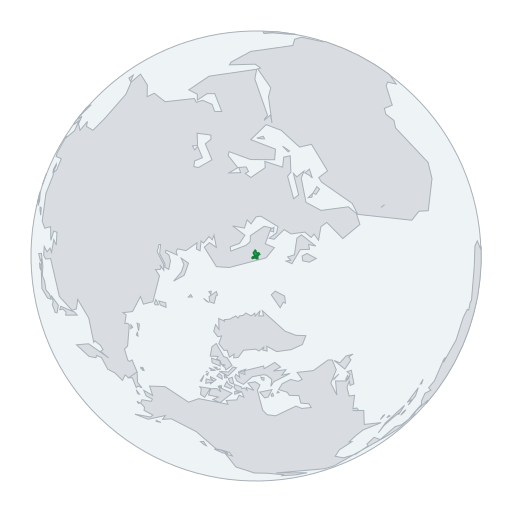 globe centered on Sør-Trøndelag, rotated 221°
{"feature_id": "NOR-911", "entity_name": "Sør-Trøndelag", "entity_type": "County", "adm_level": 1, "iso_a3": "NOR", "parent_name": "Norway", "parent_adm1": "", "projection": "orthographic", "projection_center": [9.786, 63.353], "detail": "fine", "context": "on_globe", "style": "filled", "palette": "green", "viewbox_px": 512, "rotation_deg": 221, "n_neighbors": 0, "source": "natural_earth", "source_scale": "10m", "svg_char_len": 13495}
<svg xmlns="http://www.w3.org/2000/svg" viewBox="0 0 512 512"><g transform="rotate(221 256 256)"><circle cx="256" cy="256" r="225" fill="#eef3f6" stroke="#a8b0b8"/><path d="M30.7,256.3L31.6,260.0L33.2,248.4L33.5,242.6L32.5,241.0L35.1,219.7L38.5,207.9L59.5,148.7L64.5,140.7L69.0,136.0L98.3,105.7L75.3,125.9L82.4,116.9L92.3,107.2L91.9,108.9L105.4,99.1L114.8,91.2L132.8,83.6L148.8,86.6L142.7,89.6L147.3,90.3L155.2,86.8L159.4,84.3L185.8,84.3L213.0,77.6L219.4,71.4L219.7,76.2L230.3,62.0L243.6,57.2L229.9,65.3L229.5,68.3L239.2,66.1L240.9,68.7L246.6,69.3L247.8,72.7L239.7,77.6L240.3,80.0L247.1,78.4L252.6,81.0L242.5,83.0L251.0,88.0L239.0,97.7L211.0,101.4L205.6,110.8L180.0,125.6L183.6,127.5L176.1,134.8L177.5,139.9L172.4,141.5L177.9,144.2L182.3,141.8L186.3,142.3L187.5,145.1L181.1,147.6L179.6,146.5L178.4,148.7L174.7,148.8L177.2,150.4L169.4,153.2L178.8,154.7L174.1,160.6L168.4,161.3L166.8,155.5L149.7,144.0L143.5,143.5L136.3,148.3L127.3,169.0L121.4,171.0L114.9,177.9L119.1,179.2L125.7,174.4L132.0,178.8L139.4,172.7L143.0,173.7L151.4,170.0L152.4,176.8L148.9,185.5L141.9,189.1L140.2,193.2L148.6,195.1L137.5,207.2L133.4,224.9L130.2,227.5L120.8,222.8L116.1,209.1L103.8,204.1L114.0,213.9L106.0,220.8L105.7,224.8L107.5,228.4L111.4,228.4L109.1,232.3L98.2,223.8L100.0,220.1L103.5,222.7L101.2,216.5L93.8,211.4L90.3,215.6L82.7,204.4L80.2,207.4L77.1,206.8L81.7,202.7L73.3,210.1L63.8,199.9L52.2,212.4L61.1,194.9L62.8,186.2L63.8,176.9L61.8,178.7L65.9,164.7L64.9,156.8L57.6,161.0L50.7,171.9L46.9,186.3L48.9,186.9L47.9,196.6L41.8,199.0L39.0,218.6L35.4,224.2L33.6,233.3L33.9,241.4L33.7,252.6L35.9,254.9L38.4,263.2L36.0,269.5L39.3,269.8L39.4,278.7L45.9,299.4L44.8,299.3L49.9,323.9L59.3,345.6L61.5,354.3L60.0,354.8L64.1,361.9L64.2,363.8L84.2,391.0L97.4,407.3L98.9,412.6L91.7,408.9L92.6,411.1L81.3,398.3L71.1,384.6L61.8,370.3L53.8,355.2L46.8,339.6L41.1,323.6L36.6,307.1L33.4,290.3L31.4,273.4L30.7,256.3ZM48.8,215.0L45.9,240.8L44.3,229.8L45.2,231.1L46.6,223.7L48.2,212.0L47.7,202.8L48.8,215.0ZM54.7,218.3L54.9,214.3L55.2,217.8L54.7,218.3ZM160.9,82.9L155.2,86.5L147.4,88.8L151.9,85.5L160.9,82.9ZM176.1,79.5L173.9,81.7L169.0,80.3L171.8,79.5L176.1,79.5ZM223.5,66.5L218.5,68.1L222.8,65.7L223.5,66.5ZM247.2,68.8L248.0,67.5L250.6,68.4L247.2,68.8ZM150.3,166.5L150.8,168.2L149.0,168.0L150.3,166.5ZM153.4,163.4L150.9,162.0L152.0,160.3L153.6,161.2L153.4,163.4ZM254.8,74.5L258.6,76.4L253.3,75.3L254.8,74.5ZM156.3,165.6L154.3,157.5L156.4,154.6L163.9,155.7L156.3,165.6ZM260.0,78.1L269.4,83.0L272.2,80.5L269.7,90.5L262.5,82.9L255.5,81.7L259.8,80.5L260.0,78.1ZM183.2,139.8L178.6,142.5L181.3,137.7L183.2,139.8ZM184.0,136.7L186.9,121.7L194.4,119.4L191.9,124.8L200.8,119.9L203.0,126.1L198.7,130.2L193.4,130.4L198.3,132.6L184.0,136.7ZM266.9,95.3L268.0,97.4L265.3,96.2L266.9,95.3ZM188.0,142.1L188.0,139.2L194.5,136.9L195.8,142.4L193.3,141.3L188.0,142.1ZM202.0,115.7L207.0,115.1L210.3,119.9L212.7,120.4L203.7,126.0L202.0,115.7ZM192.4,143.3L196.3,145.2L194.4,148.9L188.6,144.8L192.4,143.3ZM195.6,134.1L198.7,133.4L197.4,135.5L195.6,134.1ZM189.6,163.6L189.4,159.9L192.7,158.4L189.6,163.6ZM197.9,145.7L198.6,144.4L199.9,143.5L202.0,145.5L197.9,145.7ZM206.6,129.1L206.9,131.3L210.4,127.0L213.0,130.6L206.5,133.8L210.4,134.0L211.1,135.1L205.0,136.5L206.6,129.1ZM208.0,144.8L200.7,150.3L200.4,157.3L197.4,158.8L198.4,147.3L208.0,144.8ZM206.8,139.7L206.9,143.2L203.1,143.2L200.7,140.9L206.8,139.7ZM217.0,132.0L214.8,125.6L216.2,125.2L217.0,132.0ZM208.7,146.8L210.4,145.4L209.1,147.2L208.7,146.8ZM215.3,136.5L214.3,134.2L216.0,133.8L215.3,136.5ZM214.7,144.6L212.4,146.3L210.7,144.8L214.7,144.6ZM215.6,140.9L218.2,140.8L211.5,143.2L214.9,139.9L215.6,140.9ZM217.1,136.4L217.7,135.4L217.2,137.4L217.1,136.4ZM222.5,149.7L214.5,153.1L210.8,149.5L219.1,146.7L222.5,149.7ZM480.7,240.5L480.9,245.5L479.8,243.6L479.1,247.3L476.8,239.5L471.3,235.4L471.5,247.0L469.0,242.6L461.5,243.9L460.4,260.5L460.3,292.8L464.3,305.3L462.5,317.5L450.2,313.8L442.7,304.8L439.5,312.1L425.8,312.8L405.9,334.4L401.9,332.8L398.4,338.5L388.6,341.6L382.1,338.0L376.6,342.6L393.7,351.5L399.4,346.4L402.6,335.1L406.4,339.6L415.7,337.3L409.4,360.9L378.0,397.4L373.0,388.8L339.5,369.7L339.5,365.3L339.3,364.9L338.8,364.2L337.6,371.9L331.2,366.9L351.1,384.4L355.2,392.7L377.5,398.3L375.9,400.9L382.5,400.2L401.5,382.8L402.0,386.1L394.2,406.9L366.3,439.0L369.0,445.0L365.2,451.0L345.6,461.9L345.1,462.9L343.1,463.8L326.5,470.0L309.4,474.9L292.0,478.4L274.4,480.5L263.0,477.8L270.8,473.6L269.4,469.8L252.1,459.2L256.0,451.6L251.0,448.2L240.8,448.8L234.7,444.2L228.3,443.6L187.5,439.5L174.0,429.9L155.7,403.2L162.4,396.7L161.9,385.2L206.5,354.2L217.9,358.8L255.1,354.8L260.1,356.3L257.8,367.2L287.4,376.7L294.6,366.8L319.4,367.4L334.5,361.8L336.3,340.4L311.4,349.4L305.1,340.9L323.3,325.3L344.8,317.1L343.0,313.6L327.7,310.7L330.9,300.9L322.2,308.9L327.1,311.5L321.8,316.8L317.0,314.8L318.3,311.3L311.4,311.8L307.0,328.7L311.4,333.2L294.2,340.5L299.9,348.8L295.9,354.1L284.7,342.2L284.5,336.9L265.2,323.9L263.9,330.1L282.0,342.9L277.1,342.5L275.5,351.6L272.9,344.4L253.5,329.3L236.8,333.1L218.6,353.7L208.3,354.0L198.3,348.0L201.9,326.1L224.6,327.8L226.2,320.6L219.1,308.9L226.6,310.6L226.5,306.2L234.8,306.1L244.0,295.7L252.1,294.4L253.3,280.5L257.7,278.1L255.7,286.9L258.7,292.6L278.5,289.2L281.6,285.7L280.8,277.0L286.4,277.4L283.0,269.5L293.3,263.4L278.0,264.4L276.7,254.7L281.5,246.0L278.3,243.1L270.5,257.5L269.8,263.1L273.6,267.6L269.3,283.8L263.1,287.1L257.1,271.3L247.6,274.4L247.2,261.1L268.7,229.7L278.9,222.0L300.8,228.7L299.9,235.6L291.5,236.5L301.4,244.2L299.6,239.5L304.2,239.9L304.1,231.3L307.3,231.2L301.6,223.2L305.6,222.2L309.2,227.3L312.4,214.1L320.0,209.9L319.2,207.0L316.1,205.0L327.8,201.3L326.7,199.3L322.4,199.7L317.4,196.2L313.0,188.6L317.3,187.7L319.5,190.3L330.4,194.7L335.5,202.1L336.8,201.0L333.4,194.4L320.0,189.0L316.2,184.7L322.8,186.2L320.1,185.3L319.5,182.9L323.0,179.8L315.9,177.8L303.8,153.9L309.4,145.8L316.6,149.6L312.7,133.1L319.2,126.0L315.3,126.3L310.7,119.0L308.6,121.1L306.4,120.8L293.8,103.8L294.2,99.5L284.3,93.2L282.2,93.5L281.4,96.3L269.7,90.5L272.2,80.5L276.7,80.4L275.2,74.5L285.7,75.2L293.7,73.3L306.0,78.0L311.2,76.3L310.0,74.2L316.2,70.7L333.2,71.2L324.8,79.9L300.4,82.4L310.8,82.0L310.0,84.9L314.8,86.6L322.0,86.2L321.8,84.4L341.6,99.5L362.1,106.3L356.8,98.2L359.2,94.3L377.9,96.5L409.3,119.3L412.8,115.7L416.8,117.3L422.1,124.3L416.4,122.1L416.7,126.9L412.7,124.7L419.4,135.7L413.9,133.2L421.8,143.3L425.0,142.2L421.1,133.2L430.3,143.4L433.6,138.4L440.2,142.0L455.6,165.4L461.9,183.4L463.6,186.0L462.9,190.2L466.8,201.7L472.1,200.0L473.7,203.3L477.8,222.3L477.0,220.3L475.1,231.5L478.3,241.7L479.9,235.2L480.5,237.5L480.7,240.5ZM193.5,374.6L192.9,378.2L192.8,378.3L193.5,374.6ZM369.4,317.7L381.0,310.0L372.5,301.0L376.2,297.4L371.9,295.8L371.8,300.4L360.9,295.0L364.7,287.5L361.6,282.6L357.5,285.0L352.3,299.7L367.9,307.4L366.6,314.5L369.4,317.7ZM46.2,300.0L46.7,303.7L45.4,300.4L46.2,300.0ZM42.4,230.7L42.6,235.2L42.1,238.4L41.7,235.3L42.4,230.7ZM48.0,267.2L49.0,272.7L47.2,268.1L48.0,267.2ZM45.8,244.7L47.1,263.1L43.8,254.9L43.2,243.4L44.6,249.8L45.8,244.7ZM51.2,219.7L51.0,222.9L49.9,223.2L51.2,219.7ZM54.9,220.9L54.7,219.9L55.5,217.7L54.9,220.9ZM106.7,221.3L107.5,222.1L108.5,226.1L106.5,225.1L106.7,221.3ZM122.4,239.7L118.4,245.6L119.8,240.5L116.2,240.0L114.8,229.0L128.6,228.3L122.6,230.5L122.4,239.7ZM116.7,214.4L116.1,221.3L116.2,213.9L116.7,214.4ZM217.6,283.0L221.2,286.2L219.2,291.3L208.9,293.7L211.7,286.3L217.6,283.0ZM226.8,289.8L223.8,273.8L230.0,271.9L227.0,275.6L231.5,276.0L227.8,282.1L236.8,296.3L235.6,301.8L217.3,302.7L223.9,299.2L220.0,296.1L226.8,289.8ZM205.1,239.0L203.8,232.8L219.0,236.7L218.4,242.1L208.1,244.6L202.8,239.7L205.1,239.0ZM169.9,169.4L168.5,167.3L170.2,166.6L172.9,167.7L169.9,169.4ZM189.3,162.0L178.1,178.0L175.9,176.3L172.0,188.0L164.6,188.3L167.4,180.6L158.8,189.8L158.3,183.0L153.2,189.8L160.1,172.7L159.3,167.3L163.0,173.2L169.8,173.0L172.5,171.3L179.6,162.5L181.3,150.9L188.3,149.1L192.8,151.0L193.5,153.5L188.7,153.8L193.0,156.9L186.6,159.3L189.3,162.0ZM241.5,177.7L235.7,176.3L243.2,184.4L236.9,186.2L238.2,187.1L234.4,191.1L232.0,197.5L228.8,197.4L229.2,200.0L226.7,202.8L226.3,206.3L220.4,207.5L219.4,212.0L217.2,210.1L217.0,217.5L214.5,212.5L211.0,215.9L215.3,218.9L184.7,218.3L173.9,222.3L166.1,228.6L162.9,219.6L168.1,208.3L177.7,197.4L188.6,195.0L185.2,191.5L189.4,189.4L190.3,193.0L191.4,186.3L195.1,185.5L203.6,176.7L202.9,167.8L206.0,164.5L208.1,167.6L209.7,162.2L215.9,166.0L218.2,163.8L226.6,165.5L229.5,173.1L231.9,170.0L238.4,171.4L241.5,177.7ZM224.9,150.4L229.7,158.7L228.6,163.9L214.3,158.9L211.3,160.3L202.2,157.6L204.0,150.2L206.4,151.6L209.2,151.3L207.6,153.7L211.0,151.6L214.5,153.5L218.1,152.4L218.7,155.4L224.9,150.4ZM264.6,351.8L268.2,352.0L273.7,350.8L272.7,356.6L264.6,351.8ZM251.2,341.8L254.3,340.9L255.6,348.3L251.9,348.2L251.2,341.8ZM254.9,334.3L254.4,340.3L252.4,337.1L254.9,334.3ZM258.5,285.7L261.7,284.3L262.4,286.2L261.2,289.4L258.5,285.7ZM262.6,203.2L259.4,201.3L260.1,199.9L256.5,192.8L260.9,191.0L264.8,194.6L262.6,203.2ZM332.7,345.6L329.1,351.1L326.4,350.1L328.2,348.4L332.7,345.6ZM300.0,355.7L308.0,356.3L299.6,357.3L300.0,355.7ZM266.8,200.1L264.8,197.3L268.2,198.2L266.8,200.1ZM263.9,189.4L267.8,189.6L261.0,190.0L263.9,189.4ZM371.1,449.6L379.0,443.2L390.0,435.2L395.9,429.2L397.7,429.8L386.8,439.4L371.1,449.6ZM481.3,257.4L479.6,262.1L480.2,254.8L481.0,244.6L481.3,257.4ZM465.1,305.4L468.7,306.9L467.3,312.1L465.1,305.4ZM468.3,180.7L463.9,169.5L464.2,170.1L468.0,179.9L468.3,180.7ZM460.0,161.1L460.9,162.6L461.2,163.8L460.0,161.1ZM465.8,188.7L467.1,194.5L466.0,193.3L463.7,185.2L465.8,188.7ZM445.2,145.5L449.4,149.2L451.1,151.4L449.7,151.5L445.2,145.5ZM301.7,183.0L301.8,194.7L304.8,202.3L311.1,205.3L302.2,206.3L297.6,194.5L301.7,183.0ZM303.1,157.5L297.6,155.2L299.9,153.1L301.5,153.3L303.1,157.5ZM299.9,158.3L293.4,161.5L290.2,158.2L296.0,156.3L299.9,158.3ZM280.2,180.6L280.0,184.1L277.2,183.3L280.2,180.6ZM460.9,162.5L460.3,161.1L458.6,157.6L460.0,160.4L460.9,162.5ZM455.0,150.4L454.6,149.6L455.0,150.4ZM458.0,157.7L456.4,153.2L460.4,162.2L455.5,155.7L453.5,151.0L458.0,157.7ZM414.6,108.6L412.3,108.2L409.0,104.1L411.5,105.4L414.6,108.6ZM396.2,91.0L407.4,102.9L416.0,113.1L415.6,110.9L421.6,115.3L419.7,117.3L410.2,108.5L404.5,101.2L399.2,98.5L392.3,92.6L386.9,91.8L382.4,88.9L385.6,87.5L396.2,91.0ZM384.8,91.8L372.9,89.2L368.8,82.6L370.5,81.7L377.7,85.6L379.4,88.8L384.8,91.8ZM368.8,86.7L370.4,89.9L356.2,94.6L352.2,94.1L360.8,86.5L362.7,89.2L366.9,89.3L368.8,86.7ZM270.0,96.4L268.1,97.3L268.6,95.4L270.0,96.4ZM305.3,122.1L302.3,121.3L302.9,119.0L305.3,122.1ZM294.4,117.9L295.8,121.1L292.5,118.1L294.4,117.9ZM299.3,128.1L295.5,122.5L301.7,127.3L299.3,128.1Z" fill="#d9dde1" stroke="#a8b0b8" stroke-width="1"/><path d="M260.0,256.5L260.3,257.3L260.1,257.6L260.1,257.8L260.3,258.4L260.2,258.8L260.5,259.9L260.4,259.9L260.1,259.8L259.7,259.7L259.5,259.8L259.4,259.7L259.2,259.7L258.6,259.1L258.6,258.9L258.5,258.7L258.4,258.6L258.0,258.5L257.8,258.6L257.7,258.7L257.4,258.6L256.9,258.5L256.7,258.7L256.6,259.0L256.5,259.3L256.6,259.6L256.4,259.7L256.2,259.9L256.1,260.1L255.7,260.2L255.4,260.1L254.7,259.8L254.9,259.7L254.9,259.4L255.0,259.3L255.0,259.2L254.9,259.0L254.5,258.5L254.5,258.4L255.1,258.2L255.3,258.0L255.4,257.8L255.4,257.7L255.6,257.4L255.5,257.2L255.5,256.9L255.4,256.7L255.1,256.6L255.0,256.8L254.9,256.8L254.7,256.8L254.4,256.9L254.3,256.7L254.5,256.5L254.4,256.5L254.4,256.3L254.5,256.1L254.5,255.9L254.3,255.8L254.2,255.7L254.3,255.7L254.4,255.8L254.4,255.7L254.5,255.7L254.8,255.7L254.9,255.9L254.8,256.0L255.0,256.1L255.4,255.9L255.5,255.8L255.3,255.9L255.1,255.9L254.9,255.8L254.9,255.7L255.5,255.5L255.3,255.6L255.2,255.6L255.1,255.4L255.1,255.5L254.9,255.5L254.9,255.4L255.0,255.4L255.2,255.2L255.3,255.2L255.3,255.3L255.4,255.2L255.5,255.1L255.6,255.3L255.6,255.2L255.8,254.9L255.9,255.0L256.0,255.2L256.0,255.3L256.2,255.5L256.3,255.6L256.3,255.9L256.1,256.1L256.3,256.0L256.5,256.0L256.8,256.1L256.8,256.3L256.9,256.2L256.5,255.9L256.4,255.8L256.5,255.7L256.9,255.5L257.0,255.6L257.3,255.7L257.6,255.6L257.8,255.7L257.9,255.9L258.0,256.0L259.0,256.0L259.3,256.6L260.0,256.5ZM256.7,255.3L256.4,255.4L256.2,255.4L256.2,255.2L256.0,254.9L256.0,254.7L256.4,254.5L256.5,254.4L256.4,254.4L256.4,254.5L256.4,254.4L256.2,254.4L256.1,254.5L255.9,254.6L255.7,254.7L255.6,254.8L255.6,254.6L255.9,254.4L256.0,254.4L255.6,254.4L255.8,254.2L256.1,254.0L256.0,253.9L256.3,253.8L256.5,253.8L256.6,253.7L256.4,253.7L256.3,253.8L256.3,253.7L256.5,253.6L256.4,253.6L256.4,253.4L256.4,253.2L256.5,253.1L256.6,252.9L256.7,252.7L256.8,252.7L257.0,252.7L256.9,252.6L256.9,252.4L257.0,252.4L257.1,252.2L257.3,252.2L257.2,252.0L257.3,252.0L257.5,252.0L257.4,252.0L257.4,251.9L257.2,251.9L257.3,251.8L257.6,251.9L257.7,252.1L257.9,252.2L258.0,252.3L257.9,252.6L257.8,252.9L257.9,253.0L257.8,253.3L257.8,253.5L257.7,253.6L257.5,253.8L257.4,254.0L257.2,254.4L257.2,254.5L256.8,254.8L256.7,254.9L256.7,255.0L256.7,255.3ZM254.8,255.1L254.8,255.3L254.4,255.5L254.1,255.5L253.9,255.6L253.7,255.7L253.4,255.6L253.4,255.4L253.6,255.2L254.0,255.1L253.9,255.1L254.0,255.0L254.3,254.9L254.3,255.0L254.4,254.9L254.6,254.8L254.6,255.0L254.8,255.0L254.8,255.1ZM253.7,254.7L253.4,254.7L253.5,254.6L253.8,254.5L254.2,254.3L254.2,254.2L254.3,254.2L254.3,254.3L254.3,254.5L254.2,254.7L253.8,254.7L253.7,254.8L253.7,254.7L253.8,254.6L253.7,254.7L253.7,254.7ZM254.9,254.8L254.8,255.0L254.7,255.0L254.7,254.9L254.8,254.8L254.9,254.8ZM256.2,253.3L256.3,253.4L256.2,253.4L256.2,253.5L256.1,253.4L256.2,253.3Z" fill="#22c55e" stroke="#15803d" stroke-width="1.5"/></g></svg>